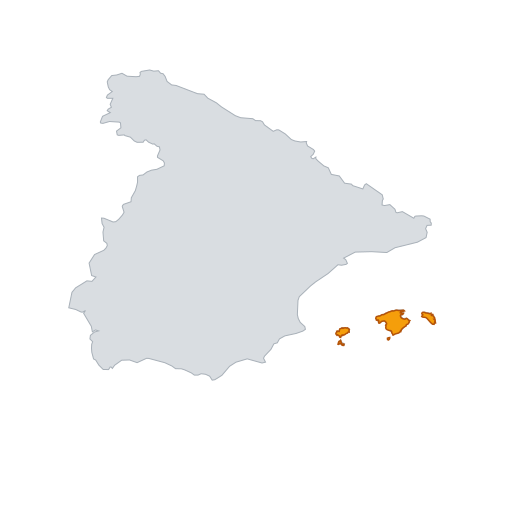 location of Baleares within Spain, rotated 16°
{"feature_id": "ESP-5808", "entity_name": "Baleares", "entity_type": "Autonomous Community", "adm_level": 1, "iso_a3": "ESP", "parent_name": "Spain", "parent_adm1": "", "projection": "orthographic", "projection_center": [2.709, 39.359], "detail": "fine", "context": "in_parent", "style": "filled", "palette": "amber", "viewbox_px": 512, "rotation_deg": 16, "n_neighbors": 0, "source": "natural_earth", "source_scale": "10m", "svg_char_len": 7540}
<svg xmlns="http://www.w3.org/2000/svg" viewBox="0 0 512 512"><g transform="rotate(16 256 256)"><path d="M273.1,132.0L273.1,133.4L275.2,136.0L281.8,137.8L283.5,139.0L283.0,142.4L281.2,145.4L282.6,146.7L284.2,146.8L286.3,144.4L286.7,146.0L289.7,147.7L296.4,150.7L301.2,151.3L305.9,156.8L314.0,156.1L321.1,161.6L328.0,160.6L329.5,161.7L340.2,162.1L340.8,157.8L342.1,156.1L360.5,162.4L362.6,166.1L362.2,167.9L363.1,172.2L365.6,172.1L370.5,169.7L376.7,172.8L378.4,175.4L379.7,175.6L384.5,173.0L397.3,176.2L397.8,174.1L398.7,173.5L404.1,171.7L406.3,171.3L413.2,172.6L414.0,175.1L415.4,176.0L415.9,178.1L412.0,179.4L411.5,183.0L414.0,186.0L414.4,191.4L407.4,198.2L387.4,209.7L380.8,216.6L365.8,220.0L350.3,224.9L340.8,233.9L343.2,234.7L345.9,237.9L344.9,239.2L340.8,241.3L337.2,241.8L330.1,253.0L320.4,264.5L316.7,269.7L308.8,283.2L308.6,287.1L311.9,300.9L313.9,304.5L316.8,307.6L322.4,310.4L323.7,312.9L321.7,315.3L315.9,319.4L305.8,324.8L301.4,329.2L300.4,333.6L297.4,335.5L296.1,341.6L291.8,349.9L291.4,352.2L294.4,355.4L291.3,357.2L275.9,357.3L266.0,363.6L261.0,369.3L256.1,380.1L250.5,386.3L248.1,387.4L244.6,384.3L240.1,383.6L235.7,384.3L233.2,386.4L229.6,387.5L226.1,386.2L218.6,385.1L215.2,385.0L209.8,386.5L205.4,384.9L197.8,383.7L181.2,384.0L179.0,384.5L171.1,391.3L163.1,390.8L155.6,393.2L150.2,400.0L148.9,403.7L147.5,402.7L146.4,402.9L145.6,405.8L140.4,407.2L135.0,404.2L130.6,400.2L128.2,399.7L124.7,393.8L123.3,390.0L122.4,386.1L122.6,383.4L119.2,381.5L118.7,377.9L121.7,373.6L125.3,371.4L122.1,371.3L119.6,374.0L117.1,369.0L106.1,358.6L107.1,355.4L104.9,357.7L103.4,358.1L97.4,357.1L90.3,357.4L89.1,341.6L91.4,336.3L100.3,326.5L105.3,325.6L107.9,320.3L103.4,320.1L97.5,308.8L100.4,299.1L108.1,292.5L109.6,289.7L110.2,287.0L109.1,284.9L105.4,283.4L102.3,275.2L102.0,270.2L99.1,267.2L97.0,262.1L99.4,261.6L109.2,262.7L111.7,261.7L113.9,258.6L116.3,253.5L117.1,250.3L113.8,245.3L113.8,244.3L114.5,242.8L120.9,238.3L120.1,234.4L122.0,226.4L122.0,221.6L121.8,217.7L120.3,212.5L121.8,210.6L125.1,209.2L128.0,205.3L131.9,202.3L136.8,200.0L142.9,194.6L142.3,191.8L140.6,190.1L134.1,188.3L133.7,187.0L134.5,180.5L133.1,177.7L130.6,177.8L127.1,176.2L126.1,176.9L121.4,176.2L118.3,174.6L116.8,175.5L116.2,177.7L110.4,179.5L107.3,179.0L102.5,176.4L96.7,176.4L96.0,175.9L90.8,177.9L89.2,177.8L87.5,174.4L90.8,170.0L89.0,165.3L87.6,165.0L78.1,167.1L72.3,170.7L70.1,171.0L69.4,170.1L70.0,164.0L76.4,158.3L72.9,157.4L73.4,155.6L76.0,152.9L74.0,150.4L74.9,143.9L69.7,145.4L68.5,144.9L68.8,142.3L72.5,137.5L69.5,136.5L67.4,134.2L65.0,129.6L65.3,127.3L67.6,122.3L72.2,120.4L76.8,117.3L82.5,118.7L91.4,116.7L94.5,115.4L94.7,113.2L93.9,111.5L95.0,110.1L102.5,106.5L106.7,106.5L111.2,104.8L113.9,106.6L116.4,106.4L119.1,108.4L122.4,112.7L127.7,114.8L132.2,114.1L154.9,116.1L161.5,114.8L166.2,117.6L175.8,119.7L181.4,122.1L197.3,126.8L203.1,127.3L215.1,124.9L218.2,126.0L223.1,124.7L225.3,125.2L228.0,127.7L238.2,131.4L241.1,129.0L243.1,128.5L250.5,130.6L257.8,134.3L261.7,134.7L267.5,134.1L273.1,132.0ZM411.8,274.3L414.7,275.5L417.7,274.3L419.2,274.7L420.8,275.3L421.2,277.7L414.9,289.8L409.8,293.1L404.6,290.5L401.6,289.9L400.7,288.9L400.0,285.1L398.7,283.8L396.7,283.3L392.7,286.3L391.5,284.3L389.6,283.9L388.9,282.7L388.9,281.1L401.2,271.8L404.7,269.7L412.2,267.3L413.3,267.7L412.4,269.1L413.4,270.4L411.8,274.3ZM446.3,269.0L445.2,272.3L436.1,268.0L433.1,267.6L432.4,266.9L432.6,263.6L438.7,263.0L443.6,264.6L446.3,269.0ZM361.1,307.6L360.0,309.9L355.4,309.0L354.4,308.0L355.5,305.4L356.8,305.1L356.9,303.2L358.3,301.3L364.7,299.8L366.2,301.1L366.5,303.0L362.6,307.0L361.1,307.6ZM365.4,317.1L364.7,317.6L359.8,317.1L359.7,315.5L360.7,313.3L362.5,315.5L365.4,316.0L365.4,317.1Z" fill="#d9dde1" stroke="#a8b0b8" stroke-width="1"/><path d="M418.0,274.4L418.9,274.7L420.5,275.7L421.6,275.7L421.4,276.1L421.4,276.5L421.5,276.7L421.6,277.1L421.5,277.3L421.3,277.4L421.2,277.7L421.4,278.1L421.0,279.2L420.7,279.7L420.3,280.0L419.8,280.2L419.5,280.6L419.4,281.2L419.6,281.8L418.4,283.0L417.2,284.5L416.2,286.3L416.0,288.5L415.7,288.3L415.6,288.2L415.1,289.8L414.2,290.8L411.4,292.5L410.3,293.5L410.1,293.9L410.0,294.0L409.7,294.2L409.4,294.3L409.3,294.2L408.5,293.0L408.3,292.8L407.8,292.6L407.6,292.5L407.5,292.1L407.4,291.7L407.3,291.3L407.1,291.2L406.8,291.1L406.4,290.7L406.1,290.6L405.7,290.7L405.3,290.8L405.0,290.9L402.4,290.7L401.2,290.2L400.5,289.3L400.2,287.2L399.7,286.9L399.8,286.3L400.3,285.3L399.9,284.5L399.1,283.8L398.1,283.2L397.3,283.0L396.7,283.2L394.8,284.2L394.4,284.7L394.0,285.7L393.3,286.5L392.5,286.6L391.9,285.6L391.8,285.2L392.1,284.8L391.4,284.0L391.1,284.3L390.9,284.5L390.7,284.4L390.5,284.0L389.7,284.5L389.2,284.3L389.0,283.6L388.4,283.2L388.3,282.5L388.3,281.7L388.5,281.1L390.6,279.8L391.3,279.7L391.8,279.3L393.3,277.7L393.7,277.5L394.3,277.4L394.8,277.2L395.3,276.8L396.2,275.8L396.3,275.7L396.6,275.2L396.8,275.0L397.1,275.1L397.9,274.3L398.0,274.1L398.8,273.4L399.0,273.2L400.1,272.7L400.5,272.3L400.8,272.0L401.2,271.7L401.6,271.6L401.9,271.2L402.0,271.1L402.6,271.2L402.9,271.1L403.8,270.7L405.5,269.5L406.5,269.2L408.1,269.1L409.7,268.6L412.8,267.4L413.2,267.9L413.4,267.7L413.8,267.9L413.5,268.1L412.5,268.6L412.1,268.7L411.7,268.9L411.3,269.4L410.9,269.7L410.6,269.5L410.4,269.5L410.3,270.8L411.4,270.9L413.6,270.3L413.6,270.5L413.3,270.7L413.3,271.0L413.3,271.3L413.2,271.6L413.1,271.8L412.9,271.9L412.4,272.1L411.5,272.3L411.3,272.6L411.2,273.4L411.6,274.3L412.3,275.1L413.3,275.6L414.2,275.8L416.2,275.8L416.7,275.6L417.6,274.6L418.0,274.4ZM446.0,268.7L446.1,269.2L446.8,270.3L447.0,270.9L446.8,270.9L446.7,270.6L446.5,270.4L446.3,270.2L446.0,270.1L446.0,272.6L444.4,272.9L442.3,271.9L437.5,268.8L436.5,268.4L435.3,268.4L433.2,268.8L432.0,268.5L432.1,268.0L432.2,267.4L432.3,266.9L432.6,266.6L432.3,266.4L431.7,266.2L431.2,265.5L431.2,265.3L431.3,265.1L431.4,264.6L431.7,264.2L433.8,263.7L434.5,264.0L437.3,263.6L438.5,263.7L438.8,263.6L439.2,263.4L439.7,263.0L440.0,262.8L440.1,263.3L440.4,263.6L441.1,264.1L440.9,264.5L441.0,264.8L441.3,264.8L441.6,264.5L441.8,264.1L441.8,263.5L442.0,263.4L442.2,263.6L442.0,264.1L442.2,264.4L443.1,264.9L443.2,265.2L443.4,265.3L443.7,265.6L443.8,265.7L444.3,265.8L444.5,265.9L444.8,266.3L445.1,267.0L445.0,267.5L444.5,267.7L445.0,268.0L445.5,267.9L445.8,268.0L446.0,268.7ZM366.0,301.0L365.8,301.3L366.0,302.1L366.5,303.4L366.0,303.4L365.6,303.7L365.3,304.2L365.2,304.8L365.0,305.0L364.0,305.7L363.0,307.1L362.6,307.5L361.8,307.9L361.5,308.3L361.4,308.1L361.2,307.9L360.6,308.4L360.1,308.6L359.8,309.9L359.8,310.9L358.8,310.9L358.5,310.1L358.0,309.7L357.6,309.8L357.4,309.8L357.2,309.8L356.9,309.8L356.7,309.4L356.2,309.2L355.7,309.3L355.5,309.8L354.6,309.2L354.2,308.7L354.1,308.0L354.5,307.1L354.6,306.6L354.3,306.1L354.6,305.9L354.9,305.7L355.2,305.6L355.6,305.9L355.8,305.7L356.1,305.6L356.8,305.6L356.6,304.0L356.6,303.1L356.9,302.7L357.3,302.5L357.8,302.2L358.5,301.4L359.0,301.7L359.6,301.2L359.9,301.4L360.5,300.9L361.3,300.5L362.2,300.3L362.8,300.4L363.1,300.1L363.5,299.9L363.9,299.9L364.4,300.3L364.6,300.4L365.2,300.4L365.5,300.5L366.0,301.0ZM363.4,316.9L364.6,316.4L365.1,317.0L365.0,317.8L364.3,318.0L363.3,318.0L361.8,317.0L361.3,316.7L360.8,317.1L360.5,317.3L360.0,318.0L359.5,318.3L359.1,318.2L359.2,317.4L359.1,317.1L359.1,316.7L359.3,316.4L359.4,316.1L359.4,315.8L359.2,315.7L359.3,315.2L359.7,314.8L359.9,315.0L360.2,314.9L360.5,314.5L360.6,313.9L360.7,314.0L360.8,314.1L362.2,316.2L363.4,316.9ZM407.2,298.3L407.1,299.3L406.5,300.2L405.5,300.1L405.0,298.8L405.8,298.1L407.0,297.5L407.2,298.3Z" fill="#f59e0b" stroke="#b45309" stroke-width="1.5"/></g></svg>